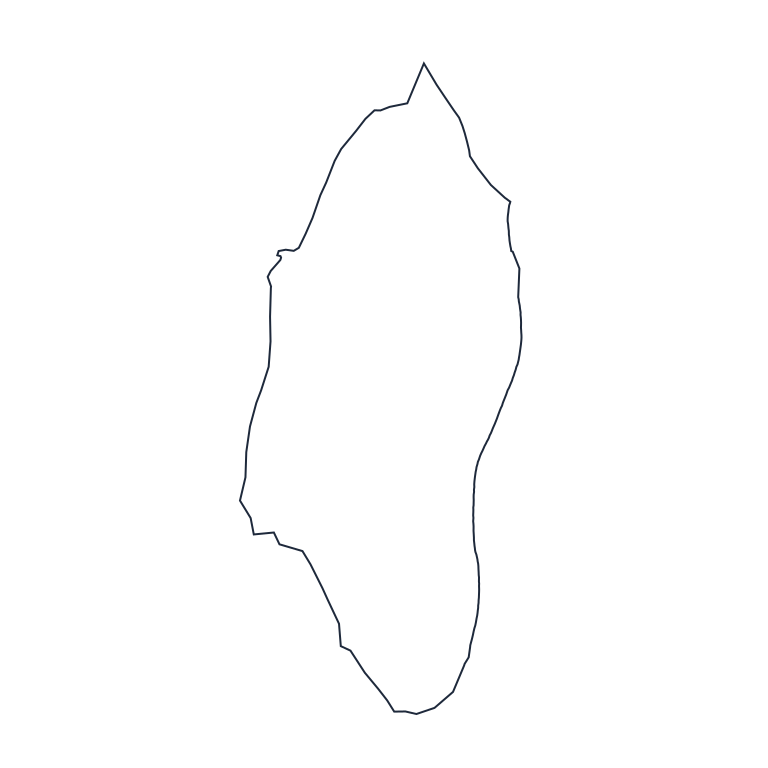 Al Madan, Amran, Yemen, rotated 188°
{"feature_id": "15242507B28898961635251", "entity_name": "Al Madan", "entity_type": "district", "adm_level": 2, "iso_a3": "YEM", "parent_name": "Yemen", "parent_adm1": "Amran", "projection": "equal_earth", "projection_center": [43.615, 16.232], "detail": "fine", "context": "isolated", "style": "outline", "palette": "slate", "viewbox_px": 768, "rotation_deg": 188, "n_neighbors": 0, "source": "geoboundaries", "source_scale": "gbopen_adm2", "svg_char_len": 2966}
<svg xmlns="http://www.w3.org/2000/svg" viewBox="0 0 768 768"><g transform="rotate(188 384 384)"><path d="M284.3,582.1L286.3,583.1L288.4,584.3L290.2,585.2L305.8,595.9L321.1,610.7L330.6,621.5L332.2,627.2L335.5,635.5L338.9,643.5L342.2,650.4L346.7,658.2L353.0,664.8L356.8,669.0L363.4,676.3L373.6,687.7L389.1,707.0L400.0,665.2L417.0,659.2L425.6,654.4L431.5,653.7L439.3,644.0L446.9,630.7L459.1,610.8L463.9,598.1L469.3,575.4L473.3,562.1L477.9,538.5L482.5,521.9L487.3,507.0L491.9,503.3L500.0,503.3L506.8,501.0L507.6,496.6L504.3,496.2L503.5,494.8L503.9,492.4L511.9,480.2L514.1,473.9L509.4,464.8L509.4,463.4L506.2,434.8L502.3,410.4L500.6,385.0L504.8,360.6L507.8,347.5L510.8,323.3L510.9,297.4L508.2,272.3L510.4,248.5L497.4,232.7L492.0,216.9L472.4,221.6L465.2,210.7L441.5,207.2L431.7,195.2L416.5,173.2L409.9,162.8L395.7,141.1L395.2,140.4L390.3,118.4L380.1,115.3L362.8,95.4L347.3,81.3L336.8,71.1L328.3,61.0L317.2,62.7L306.0,61.7L288.9,70.3L272.8,88.7L265.5,116.3L265.2,118.1L262.1,125.1L262.1,127.8L262.1,129.9L262.1,132.4L262.1,135.2L262.2,137.3L261.9,139.8L261.6,142.2L261.3,144.9L261.0,148.1L260.8,151.5L260.5,154.7L260.0,157.6L259.8,160.9L259.7,164.8L259.5,167.6L259.5,170.3L259.6,173.0L259.6,175.4L259.9,177.7L259.9,180.4L260.2,183.0L260.3,185.5L260.6,188.4L260.9,191.3L261.2,193.8L261.8,197.3L262.0,199.5L262.5,201.6L263.0,205.7L263.6,208.0L264.1,210.9L264.7,213.9L265.2,216.8L265.8,219.3L266.5,221.2L267.1,223.4L268.1,226.1L268.8,228.0L270.0,230.2L270.7,232.1L271.2,234.2L271.8,236.2L272.3,238.3L273.2,241.8L273.6,244.5L274.4,248.6L274.9,251.0L275.2,253.4L275.5,255.6L276.0,258.1L276.6,260.5L276.8,263.8L277.4,266.3L277.7,269.4L278.0,271.9L278.4,274.1L278.4,276.4L278.7,278.9L279.0,281.5L279.5,284.4L279.8,286.9L279.8,289.7L280.2,291.8L280.2,294.5L280.7,297.2L280.9,300.2L281.0,304.4L281.0,309.8L280.8,312.3L280.8,314.6L280.3,317.8L280.2,319.9L279.5,322.4L278.8,326.3L278.0,329.2L277.3,331.2L276.4,334.3L275.8,336.5L274.7,339.4L274.1,341.4L273.3,343.3L272.6,345.5L272.2,347.8L271.3,350.2L270.7,352.5L270.1,355.1L269.4,357.6L268.7,360.0L267.9,363.3L267.3,365.7L266.9,367.8L266.2,371.1L265.5,374.2L264.9,376.6L264.1,378.9L263.7,381.7L263.1,384.2L262.4,387.0L261.5,390.7L260.7,395.0L259.6,397.9L259.0,400.3L258.3,403.0L257.7,405.1L257.3,407.9L256.6,410.8L256.2,413.6L255.6,416.5L255.3,419.4L254.5,422.0L254.3,424.1L254.0,426.8L254.0,429.0L253.9,431.5L253.9,434.1L253.9,436.6L253.9,439.3L253.9,441.9L254.0,444.6L254.1,446.7L254.3,449.1L254.7,451.6L255.2,453.9L255.7,456.5L256.2,458.8L256.5,461.5L256.8,463.9L257.3,466.7L257.8,469.1L258.4,471.4L258.7,474.0L259.3,475.9L259.9,478.0L260.5,480.5L261.2,482.5L261.9,484.4L262.4,486.6L263.2,488.7L266.0,517.2L274.9,532.9L276.5,533.4L277.2,535.9L278.0,538.0L278.9,540.9L279.7,543.6L280.4,546.9L281.1,549.3L281.7,553.0L282.1,554.4L282.5,555.9L283.4,559.8L284.2,562.3L284.5,564.4L284.7,566.6L284.8,568.9L284.8,571.6L284.9,573.9L284.9,576.3L284.9,578.4L284.4,580.8L284.3,582.1Z" fill="none" stroke="#1e293b" stroke-width="2"/></g></svg>